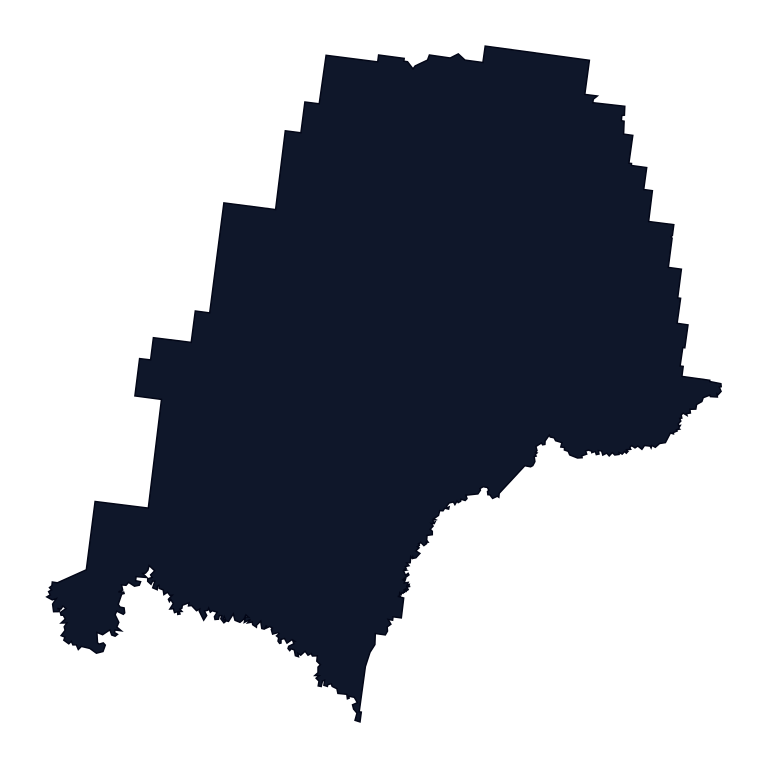 Balranald, New South Wales, Australia (Mercator projection)
{"feature_id": "25037944B43785864788030", "entity_name": "Balranald", "entity_type": "district", "adm_level": 2, "iso_a3": "AUS", "parent_name": "Australia", "parent_adm1": "New South Wales", "projection": "mercator", "projection_center": [143.52, -34.044], "detail": "fine", "context": "isolated", "style": "filled", "palette": "ink", "viewbox_px": 768, "rotation_deg": 0, "n_neighbors": 0, "source": "geoboundaries", "source_scale": "gbopen_adm2", "svg_char_len": 6046}
<svg xmlns="http://www.w3.org/2000/svg" viewBox="0 0 768 768"><path d="M378.6,55.0L377.7,61.9L326.1,55.3L319.2,103.8L304.9,102.0L300.9,132.8L285.3,130.8L275.6,209.6L223.9,202.9L209.7,312.9L195.3,311.0L191.2,342.4L153.4,337.7L150.6,359.9L139.6,358.6L134.9,395.9L161.5,399.4L148.3,508.1L95.1,501.5L86.3,569.8L57.4,582.8L52.3,582.0L51.9,585.7L49.5,587.6L51.6,589.9L48.6,591.6L50.3,594.9L46.8,596.9L52.3,599.9L56.3,598.6L52.6,604.1L53.6,611.7L59.1,611.6L59.9,609.8L57.2,608.4L61.1,608.9L62.9,606.0L66.0,608.5L60.4,612.5L61.0,615.2L63.3,615.3L65.3,619.0L61.1,623.0L66.9,622.9L64.2,626.8L65.1,630.3L61.1,635.6L64.9,637.1L63.8,640.2L68.8,643.8L71.3,641.3L72.9,644.9L76.3,644.8L78.3,649.5L81.4,646.4L89.8,648.4L96.4,653.2L103.0,651.5L105.3,645.1L103.3,642.9L99.3,644.1L97.5,642.8L96.9,632.4L102.6,634.7L109.9,629.8L111.7,635.0L115.1,636.2L117.5,634.3L114.4,632.5L115.1,630.0L121.3,630.8L116.8,627.0L118.8,622.3L115.1,614.8L116.7,611.1L123.3,614.3L124.7,612.9L124.1,607.9L120.1,607.1L118.2,604.4L121.7,594.1L124.1,593.5L123.7,592.1L118.3,591.9L122.7,590.1L121.5,584.9L126.0,585.3L128.6,582.3L134.5,586.2L139.3,585.2L140.6,581.7L135.6,580.7L136.1,576.6L146.8,577.5L142.7,573.4L145.5,573.1L147.9,570.2L149.1,565.5L154.7,570.8L150.6,574.9L152.1,577.4L147.7,578.9L147.7,581.3L151.0,584.3L152.6,581.1L154.9,581.2L152.7,587.8L157.2,589.7L157.3,586.2L158.8,585.3L159.1,588.3L163.2,589.9L163.9,594.6L167.5,592.2L170.0,595.4L172.3,595.2L168.4,599.3L169.4,601.6L170.8,599.5L173.3,603.6L169.9,609.0L173.4,608.7L174.5,612.6L177.7,611.6L177.8,614.4L180.0,614.0L179.2,611.5L181.9,611.4L179.8,609.2L181.9,608.2L182.3,605.3L189.0,602.7L188.5,605.9L191.6,605.5L196.5,610.7L199.7,609.0L199.3,611.2L203.7,620.1L206.7,615.5L204.5,611.1L207.8,610.2L208.7,608.1L210.3,612.2L212.3,610.7L217.2,612.2L214.4,616.7L215.0,619.5L218.5,619.2L219.3,615.6L221.8,615.6L220.8,618.8L223.9,622.8L225.4,621.6L223.3,618.8L224.2,616.6L226.1,620.8L228.5,621.4L233.3,613.9L235.0,620.3L240.0,622.3L244.0,619.0L245.9,614.8L248.5,617.2L245.6,617.1L244.3,622.4L250.5,619.2L247.6,622.9L252.2,622.0L252.7,624.7L256.4,627.2L256.6,625.1L260.7,621.1L261.8,628.5L264.2,629.1L266.6,625.3L266.0,628.2L269.8,626.5L272.3,628.1L271.3,629.5L272.6,634.1L278.0,632.6L279.1,633.7L276.5,635.9L278.7,637.6L278.0,641.1L279.6,643.4L281.0,643.0L281.0,639.4L284.5,638.5L287.0,643.1L292.0,639.6L294.6,641.2L293.0,641.3L293.9,643.7L288.7,646.3L288.0,648.5L289.7,650.6L291.2,648.8L294.3,649.9L295.4,655.7L298.5,656.7L297.7,653.1L300.7,655.2L305.1,651.2L308.0,655.2L311.2,653.5L312.4,656.0L317.3,655.8L316.8,661.2L320.4,664.7L318.0,667.1L318.0,672.7L314.9,675.5L319.2,675.7L316.1,678.2L319.0,681.1L318.2,685.9L321.2,686.5L322.5,680.9L324.6,680.2L323.9,685.3L327.4,686.4L327.8,684.6L331.2,683.7L332.2,686.4L336.9,688.7L337.9,693.4L346.8,694.3L347.4,698.8L349.1,698.2L348.8,696.2L354.3,697.3L357.4,702.7L352.5,704.8L353.6,709.1L357.0,713.1L355.0,720.3L360.0,721.9L361.3,712.1L359.2,711.8L365.4,666.5L370.0,652.3L374.9,644.6L375.3,633.5L385.3,634.9L387.5,631.1L387.2,626.9L390.9,624.2L388.1,619.4L392.6,620.2L393.0,616.8L401.3,617.9L403.7,598.0L397.6,596.3L400.9,596.5L399.3,595.9L399.7,592.9L401.0,594.7L402.0,592.7L403.6,593.5L402.6,592.5L404.5,592.3L403.8,589.9L405.3,589.1L404.8,591.0L406.1,591.3L406.0,589.1L406.6,590.6L408.2,589.6L406.8,587.1L410.3,586.4L408.8,586.5L409.2,584.5L407.1,585.4L408.2,582.4L404.2,583.0L405.4,579.4L403.6,580.4L402.7,579.7L408.9,574.9L408.1,573.3L405.6,575.2L403.4,570.8L406.5,570.1L404.6,569.2L406.1,568.6L405.3,566.6L409.0,565.7L406.7,562.9L410.2,562.7L410.7,556.6L412.1,558.3L412.8,556.7L413.3,558.3L415.9,557.8L419.9,553.4L415.8,550.9L419.1,547.8L417.4,546.6L419.3,545.5L418.1,543.3L419.3,544.1L420.6,542.2L423.9,545.6L426.6,543.6L426.0,542.2L428.1,542.2L426.7,540.1L427.0,535.4L432.3,534.7L432.3,531.3L430.2,529.2L433.1,526.1L431.1,523.4L434.2,523.6L435.0,521.9L433.7,522.5L432.7,520.2L435.5,519.7L433.6,518.8L438.5,515.4L439.7,510.6L443.0,510.8L444.7,508.2L448.6,509.1L449.1,506.9L447.2,507.7L446.5,506.2L449.2,502.9L453.4,502.0L454.9,504.6L457.0,501.0L458.2,502.6L460.6,501.3L461.0,499.2L465.2,500.5L467.0,498.6L465.9,495.2L477.9,493.9L480.4,490.2L479.9,488.6L483.1,486.7L487.5,487.5L488.8,490.4L487.5,491.5L487.9,494.7L489.9,494.8L492.6,498.4L497.3,496.2L498.8,497.2L499.2,493.3L524.8,465.7L530.6,466.8L532.8,465.6L534.9,461.6L534.2,456.5L536.1,456.1L535.3,454.3L537.0,452.9L535.6,452.3L537.0,450.6L535.9,446.5L541.5,442.9L542.6,444.8L544.9,444.4L545.1,441.0L549.3,435.0L550.2,437.0L554.1,437.8L555.6,440.7L561.9,442.6L560.8,447.0L564.5,447.5L564.4,450.0L568.2,451.3L569.7,454.9L577.5,458.0L582.1,457.7L581.8,455.8L586.7,454.1L585.6,451.0L588.5,450.1L591.8,451.2L591.8,452.6L595.3,451.5L596.3,454.6L599.0,454.0L598.3,450.6L601.6,450.9L602.8,455.1L606.8,453.1L609.2,455.9L612.3,452.6L614.8,455.0L619.1,454.4L619.1,452.5L622.2,454.1L624.6,451.5L626.3,453.2L627.6,451.8L626.2,451.8L627.3,450.6L626.3,450.1L626.3,449.7L630.7,449.3L629.8,447.5L631.6,445.6L635.0,447.9L637.8,446.0L641.9,449.3L644.5,445.5L650.2,446.1L651.1,447.9L651.9,445.4L655.3,447.3L659.6,443.5L665.4,442.6L670.4,433.0L673.5,433.9L673.4,432.5L677.1,431.0L676.5,429.7L679.6,429.1L678.6,428.3L680.3,425.4L678.5,425.6L678.3,423.7L680.8,421.1L679.7,418.4L681.8,418.1L681.2,414.9L683.1,413.1L687.0,415.4L686.5,413.6L690.4,413.0L689.9,409.3L695.8,409.1L696.6,404.5L701.9,401.5L703.2,397.7L709.9,395.1L710.4,396.6L717.4,397.0L717.0,393.9L718.1,394.7L721.1,391.4L719.3,387.1L721.2,386.7L720.9,383.7L709.7,381.5L709.8,380.3L681.9,376.4L683.2,366.4L680.1,366.0L682.8,347.5L684.8,347.8L688.0,324.9L677.1,323.3L680.6,298.3L677.7,297.9L681.4,269.2L668.3,267.4L672.1,238.2L670.9,236.7L672.4,235.5L673.8,224.7L648.6,221.5L652.4,190.7L643.7,189.5L646.7,167.6L631.4,165.5L631.5,163.5L628.9,163.2L632.8,135.4L623.6,134.1L624.1,121.2L621.4,120.7L621.8,115.5L624.4,115.2L624.8,106.3L592.8,102.7L593.3,99.2L597.3,96.0L584.8,94.4L589.4,60.3L485.2,46.1L482.9,62.5L465.0,60.1L458.3,53.9L450.2,58.0L429.4,55.0L427.5,60.1L415.2,65.9L413.0,68.9L407.5,61.7L403.8,61.2L404.2,58.4L378.6,55.0Z" fill="#0f172a" stroke="#020617" stroke-width="1.5"/></svg>